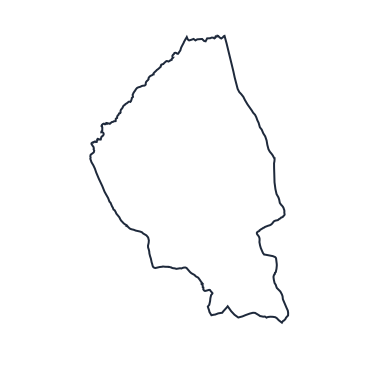 Urambo, Tabora, United Republic of Tanzania (orthographic projection), rotated 164°
{"feature_id": "72390352B58709749757029", "entity_name": "Urambo", "entity_type": "district", "adm_level": 2, "iso_a3": "TZA", "parent_name": "United Republic of Tanzania", "parent_adm1": "Tabora", "projection": "orthographic", "projection_center": [32.184, -5.233], "detail": "fine", "context": "isolated", "style": "outline", "palette": "slate", "viewbox_px": 384, "rotation_deg": 164, "n_neighbors": 0, "source": "geoboundaries", "source_scale": "gbopen_adm2", "svg_char_len": 5942}
<svg xmlns="http://www.w3.org/2000/svg" viewBox="0 0 384 384"><g transform="rotate(164 192 192)"><path d="M154.3,342.4L155.0,341.7L155.7,341.1L158.5,338.3L158.7,337.9L161.8,334.7L162.9,333.4L164.2,331.3L164.8,330.8L165.5,330.3L166.3,329.5L167.4,328.7L168.2,329.1L168.6,329.8L169.5,330.4L170.5,330.5L171.4,329.6L172.6,329.0L173.3,328.3L173.6,327.1L173.7,326.0L174.2,325.8L174.4,325.8L174.2,325.8L175.1,325.2L175.1,324.7L176.1,324.5L176.8,324.5L177.5,324.1L178.7,323.9L179.4,324.5L180.5,324.9L182.5,324.0L183.6,323.4L184.3,322.9L185.4,323.0L186.2,322.8L186.5,322.8L187.1,322.0L187.0,321.9L187.5,321.3L187.6,321.2L187.7,320.9L188.5,320.6L189.4,320.1L190.7,319.5L191.5,319.2L192.2,319.0L192.9,318.5L195.1,317.4L196.3,316.6L196.5,315.6L197.3,315.7L198.1,315.3L198.9,315.2L199.7,315.1L200.8,314.7L201.7,314.1L202.5,313.3L202.6,312.5L203.4,311.8L204.4,311.3L205.3,310.8L205.9,310.3L206.5,309.3L206.9,308.0L207.8,307.5L208.6,307.4L209.9,307.7L211.5,307.7L212.3,307.4L213.4,307.4L214.8,307.4L216.0,307.2L216.9,306.7L218.0,305.9L218.7,305.1L219.4,304.7L221.1,303.2L221.5,302.6L222.2,301.9L222.3,301.6L222.4,300.9L222.5,299.7L223.2,299.3L223.9,299.0L224.3,298.1L225.5,296.3L226.4,295.6L226.8,295.9L227.2,296.1L227.9,296.2L228.9,295.8L229.1,295.7L230.3,295.2L231.7,294.9L232.7,294.2L233.6,294.0L234.3,293.6L234.8,293.0L235.6,292.1L236.6,291.3L237.5,290.8L238.2,289.9L238.6,288.9L238.7,288.2L239.3,287.6L240.3,287.7L240.9,287.1L241.4,286.4L242.4,286.0L243.2,285.0L243.6,283.8L244.4,283.7L245.2,283.2L245.4,282.4L245.9,281.2L247.8,281.5L248.6,281.2L249.9,281.3L252.2,280.2L253.0,280.9L254.3,280.9L254.6,281.7L255.4,282.0L256.1,281.0L257.1,281.1L257.8,282.0L258.9,281.9L260.1,281.3L260.3,280.3L260.8,280.2L260.4,278.9L261.3,275.9L262.4,275.1L262.7,274.4L261.7,274.2L261.1,273.6L260.9,273.0L260.9,272.1L261.2,271.5L262.0,270.7L262.7,270.5L263.8,270.0L263.9,269.7L264.8,268.6L265.2,267.6L265.5,267.6L266.3,267.9L267.9,269.1L268.6,268.7L268.5,268.3L268.5,267.9L268.8,267.6L269.6,267.1L269.8,266.4L270.6,266.5L270.9,267.0L271.2,267.0L271.4,267.3L271.9,267.1L272.5,267.2L273.1,266.7L273.9,267.1L275.1,266.6L275.4,266.0L274.8,263.8L274.3,262.7L274.3,261.1L274.8,260.3L274.6,258.7L275.5,257.2L277.2,256.5L279.1,255.8L279.9,254.4L280.0,252.9L280.6,252.0L280.4,248.3L279.5,244.9L278.9,241.2L278.7,237.1L277.9,230.4L276.6,222.4L276.0,216.5L275.3,213.4L274.3,209.3L274.0,205.5L273.3,204.2L272.8,200.1L272.4,198.8L272.3,196.8L271.4,195.8L270.9,193.8L270.7,192.1L268.8,187.7L268.5,185.8L268.1,184.3L268.1,184.2L267.1,182.3L266.7,181.5L266.6,181.3L266.3,180.7L265.4,179.5L264.6,178.7L263.9,178.0L263.4,176.8L263.7,176.8L263.2,176.3L262.5,175.0L261.5,173.6L260.0,172.6L258.5,171.8L256.7,170.4L255.2,169.6L253.0,168.4L251.3,167.2L250.4,165.6L247.8,162.9L246.7,160.4L246.8,157.4L247.7,155.0L249.1,152.5L249.5,150.7L249.4,148.8L249.5,146.7L249.9,144.7L250.0,141.8L249.9,139.4L250.2,135.2L250.1,134.4L250.2,131.8L250.0,130.7L249.2,129.6L248.1,129.0L245.9,128.9L243.9,128.8L242.0,128.5L240.8,128.3L240.5,128.4L238.6,127.6L237.4,127.2L235.5,126.7L235.2,126.5L235.2,126.4L234.4,126.2L233.2,125.4L232.7,125.2L232.0,124.4L230.8,123.8L229.5,123.3L229.0,122.9L228.1,122.4L226.3,122.2L224.5,122.0L223.3,121.4L222.0,121.6L220.7,121.6L219.3,121.3L218.2,120.5L216.0,115.7L215.0,114.1L212.4,111.5L211.7,110.0L209.6,107.9L209.2,106.7L209.2,106.8L209.0,106.2L208.5,104.8L208.1,103.4L207.1,101.0L207.4,101.0L207.6,100.9L208.1,100.8L207.9,100.4L207.7,100.0L207.5,99.2L207.9,97.5L207.4,97.1L207.5,96.6L208.0,95.3L207.6,94.1L206.8,93.3L205.6,93.2L202.5,93.2L201.8,92.9L201.4,91.7L200.9,90.7L200.2,89.1L200.6,88.6L202.0,87.7L203.3,85.4L203.8,84.4L203.9,84.1L204.7,82.1L205.3,81.0L205.5,80.6L205.8,80.1L206.5,78.8L207.8,77.9L208.4,77.4L208.2,73.5L208.3,71.9L207.3,68.2L204.7,68.0L203.5,67.8L200.2,68.1L196.2,67.6L195.1,68.5L190.3,71.5L189.2,72.3L188.7,70.9L187.2,66.6L185.0,62.3L182.1,58.6L177.8,58.5L174.5,58.9L169.9,59.2L166.7,59.1L164.7,58.4L161.8,55.3L160.7,53.9L160.3,53.8L157.9,52.5L156.3,52.2L155.7,51.6L155.0,50.7L154.0,50.9L152.7,50.8L151.0,50.5L148.6,49.7L146.5,48.7L145.3,47.4L144.0,44.9L141.6,41.6L140.9,42.3L140.0,42.9L138.8,43.2L137.3,44.1L136.2,45.3L134.3,46.5L133.7,46.8L132.9,49.3L132.6,51.6L133.0,54.2L134.2,63.9L133.7,66.8L133.8,68.7L134.5,72.0L136.9,76.4L137.0,77.4L137.1,79.8L137.7,81.7L137.7,82.0L137.5,85.3L137.1,87.9L136.2,89.5L135.8,89.8L135.2,90.1L135.1,90.6L134.7,90.9L134.5,91.5L133.9,91.7L133.4,92.1L133.0,93.0L132.0,94.8L130.8,97.8L130.4,99.3L129.5,105.0L129.6,105.7L130.0,106.5L132.0,108.1L138.7,111.5L139.9,112.0L140.1,112.6L140.6,113.7L140.9,115.9L141.3,119.2L141.3,122.0L141.0,125.3L140.3,127.1L139.9,128.7L139.9,130.2L140.4,132.0L140.9,133.0L141.1,133.9L141.0,134.6L140.8,135.1L140.2,135.5L139.3,135.8L138.8,135.8L137.9,136.1L137.7,136.5L135.4,137.3L134.2,137.5L133.4,137.9L132.4,137.9L131.5,138.3L128.1,138.6L126.3,138.6L125.0,138.9L123.9,139.4L123.0,140.0L122.0,140.8L121.1,141.3L119.7,141.5L117.3,141.3L116.7,141.5L115.7,142.0L114.3,142.3L113.3,142.9L111.8,142.9L110.9,143.6L109.8,144.1L109.2,144.8L108.9,146.9L108.5,148.0L108.3,149.1L108.4,150.3L108.4,151.3L108.6,152.4L109.2,154.0L109.8,155.0L110.6,157.3L110.3,160.7L110.4,162.9L111.3,166.7L111.0,171.9L110.0,178.6L108.2,185.6L106.5,192.3L105.2,197.0L104.3,198.8L103.6,200.7L103.4,201.5L103.6,201.5L104.3,204.9L104.9,206.6L106.1,209.3L106.7,212.0L106.6,216.5L106.1,220.9L106.3,225.3L107.3,228.7L107.8,232.8L108.9,235.5L108.9,240.2L109.4,242.9L109.6,246.1L110.1,248.8L111.4,251.4L112.0,253.7L114.5,260.9L115.1,263.2L115.8,265.9L116.4,269.3L117.7,272.5L119.0,275.0L119.7,278.5L119.4,290.4L119.0,296.3L118.7,303.1L118.2,315.7L117.8,325.2L117.7,333.1L118.5,333.0L119.8,332.1L121.6,331.5L122.9,333.0L123.8,334.8L124.6,335.3L125.4,334.5L126.4,335.1L126.7,334.8L127.2,333.8L128.2,333.5L129.1,334.5L130.5,335.0L132.2,334.8L135.1,335.5L137.4,333.1L138.7,333.8L140.1,336.3L144.9,337.3L146.9,336.8L148.3,338.7L150.5,338.5L153.0,338.5L154.0,339.8L154.3,342.4Z" fill="none" stroke="#1e293b" stroke-width="2"/></g></svg>